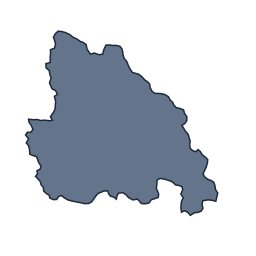 Passa Vinte, Minas Gerais, Brazil (Mercator projection), rotated 100°
{"feature_id": "56859067B565102456379", "entity_name": "Passa Vinte", "entity_type": "district", "adm_level": 2, "iso_a3": "BRA", "parent_name": "Brazil", "parent_adm1": "Minas Gerais", "projection": "mercator", "projection_center": [-44.257, -22.169], "detail": "fine", "context": "isolated", "style": "filled", "palette": "slate", "viewbox_px": 256, "rotation_deg": 100, "n_neighbors": 0, "source": "geoboundaries", "source_scale": "gbopen_adm2", "svg_char_len": 2494}
<svg xmlns="http://www.w3.org/2000/svg" viewBox="0 0 256 256"><g transform="rotate(100 128 128)"><path d="M44.8,213.7L47.6,215.8L51.5,217.2L54.0,215.8L58.0,213.9L62.1,214.2L64.4,218.0L68.1,217.2L72.0,216.9L76.9,216.0L79.0,220.1L83.0,219.1L85.2,215.5L88.8,214.3L92.2,212.4L97.2,213.2L102.6,209.6L103.8,205.8L107.1,203.3L109.6,206.0L114.6,203.8L117.3,203.6L121.8,203.1L124.9,203.9L130.3,206.3L133.6,203.9L134.5,206.6L134.8,211.7L135.8,215.3L135.4,218.8L136.3,222.6L136.6,227.5L139.6,226.4L142.4,223.7L145.9,221.3L149.2,223.1L149.6,226.4L152.7,227.7L156.0,224.0L160.4,225.6L162.6,222.9L166.7,221.1L170.8,220.2L171.7,216.4L172.1,213.1L174.6,211.6L177.5,210.0L180.7,207.0L183.7,207.4L185.8,210.2L189.0,209.2L191.7,210.7L193.8,207.7L196.1,205.0L199.2,203.6L201.0,201.2L204.8,200.0L206.9,196.7L207.9,194.0L210.6,192.8L211.5,188.8L210.7,185.8L207.5,184.5L206.1,181.8L207.9,178.5L209.3,174.6L209.6,171.0L209.7,167.8L209.8,164.4L209.8,161.2L210.1,158.2L209.3,153.8L206.9,150.8L203.3,149.1L200.0,147.6L197.5,145.9L195.9,143.3L194.2,140.7L193.5,137.0L196.3,135.6L198.2,133.4L198.4,130.4L200.1,127.1L197.0,127.1L193.9,126.1L192.6,122.0L194.0,118.4L196.4,115.4L198.0,110.8L196.4,106.3L200.1,101.6L199.6,97.7L198.2,94.3L194.5,92.5L192.9,89.3L191.1,86.2L187.9,86.3L185.4,87.7L182.8,89.5L178.9,89.8L174.2,90.3L172.1,87.7L172.0,83.5L172.4,79.9L173.2,75.4L175.8,71.2L175.8,67.4L176.6,64.5L179.3,63.4L183.9,64.5L187.3,61.4L190.6,62.5L193.3,62.5L197.7,62.0L201.6,60.7L199.6,57.9L200.8,54.4L203.2,51.4L199.9,47.8L199.0,44.5L197.2,41.5L194.0,40.2L190.6,41.8L186.7,41.8L184.9,36.8L184.6,33.0L184.9,28.8L180.9,28.6L176.5,28.3L173.4,31.2L169.8,32.3L166.5,34.2L165.2,37.2L164.7,40.3L162.9,44.0L160.3,46.1L157.0,45.3L153.1,44.2L148.8,43.7L145.3,44.0L143.5,46.4L141.5,50.2L138.4,52.9L137.1,55.4L139.5,56.8L139.2,60.2L137.1,63.3L134.0,64.3L130.0,64.5L127.4,65.9L123.7,67.7L120.9,71.2L118.1,73.5L116.1,75.4L113.4,72.6L110.4,71.4L106.7,72.0L103.9,74.8L100.4,76.5L99.7,80.8L99.5,84.2L97.6,86.7L94.9,88.5L93.3,91.1L90.2,93.6L88.6,97.6L88.4,101.8L89.2,107.4L87.8,110.6L84.7,113.0L81.0,114.3L79.1,116.7L77.9,119.6L75.4,122.8L73.2,126.6L72.9,129.8L72.5,133.4L69.6,136.1L66.5,138.5L62.8,140.7L60.1,143.9L56.4,145.8L53.7,146.5L50.8,147.9L48.9,150.3L48.7,153.7L49.4,157.7L49.4,160.6L50.2,164.1L55.0,165.4L59.7,165.8L60.9,169.4L60.0,174.2L61.8,177.9L59.7,179.9L57.3,182.1L53.1,183.7L51.5,187.0L51.1,189.9L49.3,193.6L48.0,198.2L46.0,201.9L44.8,206.6L44.5,210.7L44.8,213.7Z" fill="#64748b" stroke="#1e293b" stroke-width="1.5"/></g></svg>